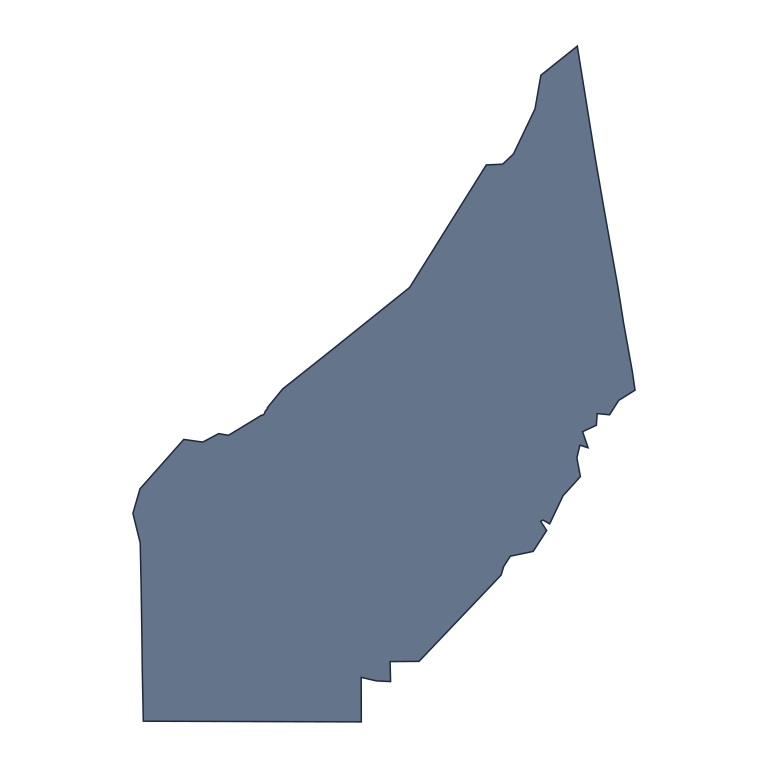 outline of DeKalb, Alabama, United States of America
{"feature_id": "52423323B14233481639127", "entity_name": "DeKalb", "entity_type": "district", "adm_level": 2, "iso_a3": "USA", "parent_name": "United States of America", "parent_adm1": "Alabama", "projection": "natural_earth1", "projection_center": [-85.762, 34.53], "detail": "fine", "context": "isolated", "style": "filled", "palette": "slate", "viewbox_px": 768, "rotation_deg": 0, "n_neighbors": 0, "source": "geoboundaries", "source_scale": "gbopen_adm2", "svg_char_len": 898}
<svg xmlns="http://www.w3.org/2000/svg" viewBox="0 0 768 768"><path d="M143.3,721.2L361.3,721.9L361.2,677.4L376.4,680.9L390.6,681.6L390.1,661.6L419.0,661.4L501.1,575.1L503.7,566.5L510.3,556.2L533.2,551.4L546.7,530.5L540.7,521.4L542.9,520.0L549.7,523.9L563.0,495.8L580.4,476.6L576.9,457.9L579.9,445.2L588.1,447.8L582.6,431.7L596.4,425.2L597.2,413.6L609.6,414.8L618.7,400.4L635.1,390.1L634.9,389.1L632.3,371.3L623.8,324.1L618.1,288.1L617.9,286.8L612.1,254.5L612.1,254.4L602.8,201.9L602.8,201.7L595.4,158.9L577.3,46.1L540.9,75.2L535.0,108.9L513.5,153.9L502.6,164.2L486.3,164.9L409.7,287.4L330.3,351.1L282.7,388.9L267.4,407.6L267.4,408.6L265.2,411.3L264.8,412.6L263.9,414.3L262.9,415.1L261.4,415.2L259.7,416.3L228.5,435.3L218.7,433.6L202.7,442.1L183.8,439.4L140.0,488.8L132.9,513.3L140.2,543.0L141.1,585.0L141.9,637.2L142.3,671.0L143.3,721.2Z" fill="#64748b" stroke="#1e293b" stroke-width="1.5"/></svg>